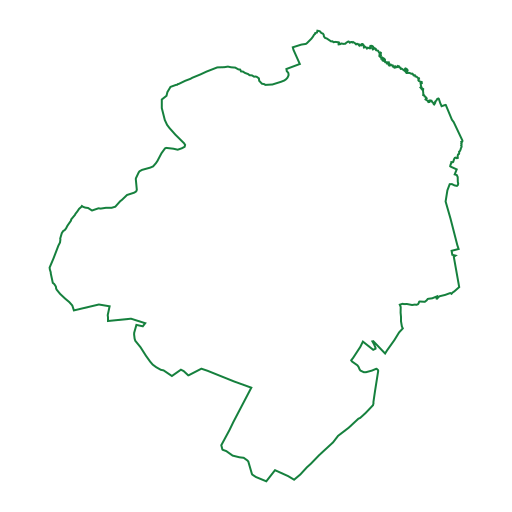 Horodniceni, Suceava, Romania
{"feature_id": "2599482B51819489942135", "entity_name": "Horodniceni", "entity_type": "district", "adm_level": 2, "iso_a3": "ROU", "parent_name": "Romania", "parent_adm1": "Suceava", "projection": "albers", "projection_center": [26.192, 47.518], "detail": "fine", "context": "isolated", "style": "outline", "palette": "green", "viewbox_px": 512, "rotation_deg": 0, "n_neighbors": 0, "source": "geoboundaries", "source_scale": "gbopen_adm2", "svg_char_len": 5859}
<svg xmlns="http://www.w3.org/2000/svg" viewBox="0 0 512 512"><path d="M348.6,427.8L358.4,418.7L360.2,417.9L365.7,412.9L373.0,405.2L373.5,403.2L373.4,402.2L375.0,391.2L378.2,370.9L378.0,370.1L376.6,368.8L376.2,368.8L371.9,370.6L366.0,372.2L363.8,372.2L360.5,370.6L359.7,369.6L358.5,366.8L357.4,365.3L352.0,361.5L351.2,360.3L353.1,357.9L360.3,346.9L362.9,341.6L373.2,349.8L375.5,348.7L375.6,348.0L374.0,344.2L372.4,341.4L373.3,341.2L385.1,353.5L387.1,350.3L394.3,340.2L399.1,332.4L402.8,328.4L401.9,326.5L401.0,321.3L401.0,316.9L400.6,312.7L400.7,307.0L399.8,304.7L402.6,303.8L404.0,304.1L406.9,304.0L412.1,305.0L414.8,304.6L416.5,304.8L418.0,304.2L418.5,303.5L419.2,301.7L419.6,301.5L424.8,301.8L426.6,300.4L427.7,299.0L428.3,298.8L432.2,298.3L436.9,296.4L436.5,298.1L436.6,298.6L437.0,298.7L439.0,296.6L439.8,296.2L445.2,294.9L449.8,293.2L450.5,293.1L451.5,293.8L452.5,292.6L454.3,291.4L459.2,287.1L453.8,256.8L455.5,255.6L452.3,254.8L451.6,250.8L458.6,249.0L457.3,245.1L450.5,218.6L445.6,201.5L447.4,190.3L449.7,184.2L451.9,184.1L454.5,185.4L456.9,185.9L457.8,185.1L458.2,183.7L457.8,181.8L457.7,177.1L456.8,175.1L454.7,174.4L456.7,169.4L450.8,166.7L450.2,166.3L450.3,165.7L450.5,164.8L451.1,163.5L451.0,163.2L451.7,162.5L451.6,162.1L452.8,162.2L453.2,161.9L454.1,159.1L454.8,157.9L455.5,157.6L456.8,158.2L457.8,157.9L457.6,156.4L458.0,154.5L459.0,153.9L459.2,153.1L459.1,151.7L460.0,150.9L460.6,149.5L460.9,148.2L461.4,147.3L461.6,146.3L461.2,145.6L461.5,145.3L461.6,144.5L461.2,143.8L461.6,143.3L461.3,141.9L462.2,141.7L462.4,141.2L462.4,140.5L453.7,122.1L451.9,119.7L445.8,105.0L445.4,104.9L441.6,106.2L440.2,103.0L438.8,98.8L438.4,98.5L437.3,98.9L436.3,100.6L435.3,101.5L435.1,101.8L435.3,102.7L434.2,104.5L433.8,104.3L433.3,102.9L432.4,102.3L431.5,100.7L430.2,100.4L429.4,100.5L429.2,101.0L429.8,101.6L429.5,102.0L428.4,102.1L427.7,100.8L425.5,99.4L425.8,98.8L426.6,98.2L426.2,97.7L425.2,96.6L424.6,96.5L424.2,95.3L423.2,95.1L423.3,93.3L423.0,90.8L423.2,89.0L422.7,88.7L421.9,89.3L420.5,87.5L421.4,87.0L421.1,86.4L420.6,83.5L421.8,83.2L421.7,82.0L420.1,81.6L418.8,80.9L418.4,80.4L418.4,79.4L419.1,78.8L418.9,78.2L418.2,78.2L416.5,76.6L415.4,76.5L414.8,75.2L413.6,75.4L412.6,73.8L412.2,73.6L411.4,73.8L409.5,72.9L406.5,73.0L405.7,71.9L407.3,71.1L407.6,70.7L407.6,70.2L407.0,69.3L405.6,68.4L405.3,68.5L405.0,68.9L405.4,70.5L405.2,70.9L404.7,70.9L402.1,68.9L400.8,68.9L400.5,67.7L399.5,67.5L399.1,66.4L397.9,66.0L397.6,67.0L397.0,67.1L396.1,66.6L395.8,67.4L394.5,67.7L394.2,67.5L394.4,66.4L392.9,66.5L392.9,65.7L392.7,65.3L391.3,65.3L390.9,64.6L390.5,64.5L389.9,65.5L389.3,65.6L388.7,64.9L389.0,63.3L388.8,62.3L388.5,62.3L388.3,63.4L387.9,63.7L386.8,63.5L386.6,62.2L385.2,62.2L384.9,61.7L385.0,59.8L384.8,59.5L384.4,59.7L384.4,60.4L384.1,60.7L383.3,60.9L382.5,60.4L382.4,60.1L383.9,58.9L384.0,58.6L382.5,57.7L382.3,58.1L382.6,58.7L381.3,58.7L381.3,58.0L381.6,57.4L380.6,57.2L379.4,56.2L379.4,55.6L380.9,55.3L380.8,54.9L380.0,54.3L380.8,53.7L380.9,52.8L380.4,52.5L379.5,53.2L378.0,50.7L376.1,50.2L375.8,48.9L374.5,48.1L374.0,48.2L373.7,49.2L372.8,49.4L372.7,48.8L373.3,47.4L373.2,46.8L372.4,46.1L371.6,45.8L370.4,45.9L370.1,46.9L370.9,47.6L370.7,48.2L369.9,48.4L367.9,47.7L367.0,48.5L366.5,47.6L365.7,47.4L365.1,46.7L364.9,46.6L364.0,47.5L363.8,47.1L363.8,45.4L362.6,44.0L361.7,44.1L361.7,45.3L361.0,45.5L359.6,44.7L359.2,45.5L357.8,43.9L356.9,43.8L356.4,44.3L355.9,44.3L355.1,43.3L353.0,42.0L352.3,42.5L351.6,42.0L351.0,42.0L349.8,42.7L348.8,41.6L348.3,41.5L346.3,42.7L345.4,43.7L343.5,43.9L341.3,43.5L340.4,44.1L338.6,44.4L338.5,44.0L339.1,42.7L338.8,42.3L335.3,41.9L333.5,42.2L332.5,41.3L331.1,41.4L326.8,38.5L325.0,37.9L323.9,36.4L323.7,34.8L323.0,33.7L321.2,32.9L320.1,31.5L319.3,31.1L317.4,30.7L317.0,32.5L315.1,33.2L315.1,33.9L314.1,34.7L312.9,36.7L311.4,38.7L306.9,43.2L305.9,43.9L301.3,44.6L292.8,47.3L293.5,49.9L299.8,64.0L286.4,69.0L286.8,71.2L288.2,72.7L288.4,73.4L288.6,75.0L288.2,76.2L287.4,77.8L286.0,79.3L284.3,80.5L281.0,81.8L272.4,84.5L265.3,84.9L264.4,84.2L261.9,83.7L259.2,80.8L258.9,78.4L256.7,76.8L255.3,76.5L254.1,76.7L252.0,75.4L249.5,75.2L248.2,74.1L244.9,72.9L243.0,71.6L241.0,71.4L240.2,69.6L238.4,69.4L235.2,67.6L231.2,67.3L227.9,66.6L224.2,67.2L217.3,67.4L206.5,71.6L200.5,74.4L192.2,77.8L190.5,78.8L185.2,80.8L178.6,84.0L177.8,84.1L177.3,84.7L175.7,85.0L170.5,86.9L167.4,92.1L166.5,95.8L161.8,99.5L161.8,108.1L164.8,120.0L167.1,124.9L169.6,128.2L175.4,134.7L184.1,143.3L185.1,144.9L184.6,146.8L181.8,148.3L177.7,149.7L173.3,148.7L166.2,147.9L165.0,148.4L161.5,153.2L157.4,161.0L155.9,163.2L153.1,166.4L150.3,167.6L142.0,169.9L139.5,171.3L138.7,172.4L135.9,178.3L135.8,179.1L136.8,189.7L136.5,190.8L135.8,191.7L134.1,192.7L127.0,195.0L121.9,199.9L120.2,201.2L115.3,206.7L111.6,207.8L105.9,207.8L100.7,208.6L98.5,208.3L92.0,210.5L88.1,208.0L85.2,207.6L83.0,206.8L81.9,206.0L81.2,207.0L79.1,208.8L77.3,211.5L75.4,213.9L75.1,214.7L71.2,219.4L71.0,220.6L67.5,225.6L66.0,228.5L64.7,230.1L63.2,231.0L61.8,233.1L60.2,238.6L60.4,239.5L60.0,242.5L58.4,245.6L53.5,258.4L49.6,267.6L49.9,269.7L50.7,272.2L50.8,273.6L52.8,282.9L54.1,283.9L55.3,285.6L56.0,287.0L56.1,288.5L56.7,289.7L60.1,293.9L65.0,298.5L69.3,302.1L72.3,305.5L73.9,310.4L98.9,304.5L109.6,306.3L107.7,315.2L108.0,317.3L108.0,321.0L131.0,318.7L145.2,323.2L142.8,326.3L136.4,324.9L134.2,332.7L134.1,334.4L134.6,338.6L135.3,340.8L140.5,347.2L145.9,355.7L150.2,361.7L152.7,364.6L156.2,367.2L160.8,369.8L163.6,370.4L171.9,376.0L180.9,369.7L183.7,371.1L188.2,375.3L188.6,375.3L201.4,368.7L207.6,370.8L233.9,381.4L251.3,387.7L233.3,422.1L229.5,430.0L221.3,445.2L222.4,449.5L222.7,449.8L226.3,451.1L232.6,455.6L239.5,457.3L243.7,457.8L247.3,460.4L248.3,461.5L251.9,473.9L252.3,474.6L255.9,477.0L266.3,481.3L275.0,470.2L288.1,476.1L294.1,479.7L300.3,474.5L306.9,467.3L310.9,463.7L319.1,455.2L333.1,442.3L338.1,435.8L348.6,427.8Z" fill="none" stroke="#15803d" stroke-width="2"/></svg>